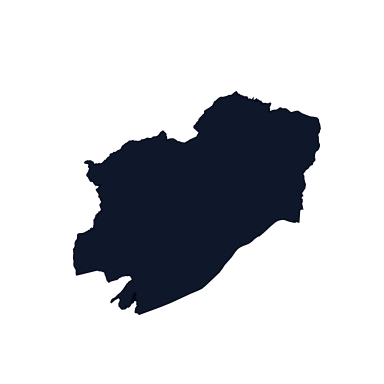 outline of San Estanislao, Bolívar, Colombia, rotated 43°
{"feature_id": "7082276B79132540776800", "entity_name": "San Estanislao", "entity_type": "district", "adm_level": 2, "iso_a3": "COL", "parent_name": "Colombia", "parent_adm1": "Bolívar", "projection": "equal_earth", "projection_center": [-75.215, 10.366], "detail": "fine", "context": "isolated", "style": "filled", "palette": "ink", "viewbox_px": 384, "rotation_deg": 43, "n_neighbors": 0, "source": "geoboundaries", "source_scale": "gbopen_adm2", "svg_char_len": 6043}
<svg xmlns="http://www.w3.org/2000/svg" viewBox="0 0 384 384"><g transform="rotate(43 192 192)"><path d="M233.1,52.8L231.3,53.7L227.3,56.7L218.9,60.1L215.4,60.6L214.3,61.0L213.1,62.3L210.9,66.1L210.3,66.8L205.1,67.1L203.7,67.5L201.1,70.1L199.7,70.0L199.1,70.9L198.5,74.0L197.7,75.2L196.8,75.9L195.6,77.4L194.4,80.6L192.5,79.5L192.1,78.5L191.1,78.3L190.6,77.6L189.6,74.7L189.2,73.8L188.8,73.7L188.3,74.3L187.9,75.4L187.3,76.2L185.2,77.4L183.3,79.6L183.1,79.1L182.5,79.3L181.7,79.1L181.1,79.7L180.6,78.9L179.8,79.7L178.7,79.5L177.8,80.0L177.3,79.8L177.1,81.2L176.7,80.6L176.2,80.7L175.8,80.3L175.5,81.6L175.7,82.3L175.5,82.8L174.7,82.9L174.4,83.3L173.9,83.2L173.6,83.3L173.0,82.4L173.0,83.7L172.4,84.7L171.0,84.6L169.8,86.3L168.6,85.9L168.2,85.3L167.6,85.4L167.2,85.2L166.6,86.3L165.8,86.3L165.6,87.2L165.2,87.2L164.7,87.6L164.0,87.3L163.6,87.8L163.1,87.7L161.5,88.5L159.8,88.6L159.4,89.3L158.9,89.8L158.6,89.2L157.7,89.3L157.6,88.9L156.1,88.6L155.6,90.5L155.3,93.8L154.8,94.9L153.4,96.2L152.5,98.5L150.0,102.2L148.8,102.9L148.0,104.9L147.6,109.4L147.2,110.6L147.4,111.1L147.3,111.4L148.0,112.7L148.1,113.7L148.7,115.5L148.1,116.7L148.0,117.9L146.3,123.7L146.4,124.4L147.6,125.5L147.9,126.5L147.6,128.3L147.8,129.7L147.6,132.5L147.8,133.2L147.7,134.0L148.4,134.7L148.6,136.0L148.4,137.5L149.1,141.1L148.6,142.0L149.4,143.3L149.9,143.4L151.2,143.5L152.3,143.2L153.8,143.5L156.3,143.1L156.9,144.0L158.1,148.7L155.2,155.4L155.0,156.7L153.5,161.4L150.3,163.6L148.6,164.0L147.1,165.5L145.3,165.3L142.0,166.1L139.9,168.3L138.3,171.3L137.6,171.0L135.7,169.2L134.6,169.0L133.3,167.5L129.3,167.3L128.7,169.9L129.2,172.8L128.9,175.1L127.7,177.0L127.2,177.3L126.3,178.3L126.3,179.5L125.7,181.1L124.5,182.1L123.0,183.0L122.5,183.7L121.9,185.4L120.8,187.4L119.7,188.3L119.8,189.0L119.7,190.1L118.6,191.6L115.7,193.8L115.1,194.9L113.8,194.7L113.3,195.9L111.5,197.8L111.7,198.6L111.6,199.4L111.3,199.8L111.3,200.9L110.7,201.5L110.6,203.3L110.1,205.2L110.4,207.2L111.1,209.1L110.8,210.6L109.7,212.5L109.7,213.6L108.9,216.0L107.9,216.5L108.1,217.1L107.7,218.4L106.8,219.8L106.8,220.7L107.6,220.9L107.7,221.4L107.8,223.3L107.2,223.7L107.3,225.1L107.2,226.4L107.8,227.7L107.5,228.2L106.9,228.4L107.1,229.0L106.9,229.7L107.0,231.3L106.6,233.1L105.4,234.9L105.1,235.1L104.8,234.7L103.6,236.8L103.2,237.0L102.7,236.9L102.4,238.0L101.8,238.8L101.4,238.8L101.0,238.5L100.3,238.6L99.5,237.9L97.1,238.4L96.1,238.9L95.3,240.1L94.5,240.4L93.5,242.4L93.5,243.4L94.0,243.7L96.0,242.2L97.5,241.8L98.1,241.9L99.3,244.1L100.7,244.1L101.3,244.2L101.5,244.6L101.7,245.7L102.5,247.0L103.5,251.2L104.9,251.7L106.5,251.5L107.1,252.1L110.1,253.1L110.8,253.0L111.3,251.9L112.7,251.8L114.9,252.4L117.0,252.6L117.7,251.7L119.1,251.1L119.8,250.4L120.2,249.4L120.9,251.1L121.0,253.6L120.5,255.3L120.9,255.7L124.8,256.5L126.1,257.1L127.2,258.9L129.6,259.0L130.2,259.1L130.1,259.6L130.4,259.8L133.1,260.6L133.3,261.7L133.5,263.9L133.9,264.4L137.3,266.0L137.9,266.5L138.3,266.5L138.2,267.6L138.8,268.1L138.4,268.9L138.7,269.4L138.3,270.1L138.0,269.9L137.8,270.1L138.2,270.6L138.3,271.5L138.6,271.9L138.5,272.3L138.2,272.1L137.9,272.4L137.8,272.8L138.2,273.5L137.9,274.3L138.1,275.0L138.8,275.6L139.2,277.3L139.6,277.9L139.6,279.5L140.8,280.1L141.2,280.9L142.8,282.4L143.3,283.6L144.1,284.3L144.9,286.3L144.7,286.8L143.4,287.0L143.2,287.8L143.6,289.8L143.4,290.2L142.6,290.9L142.9,292.2L142.1,293.0L141.8,294.5L140.5,297.1L137.9,299.8L137.6,300.8L137.7,301.1L140.2,304.1L140.7,305.8L140.6,306.7L140.9,307.9L142.0,309.6L142.9,310.2L144.1,311.9L144.6,314.7L145.2,314.8L146.1,316.1L146.5,316.2L147.2,317.0L147.9,317.2L148.1,318.0L150.5,321.0L153.0,322.8L155.1,325.4L156.6,326.5L160.7,327.8L162.3,329.7L163.8,331.1L164.2,331.2L176.0,313.3L177.3,313.0L179.7,311.2L182.4,310.1L183.6,310.2L184.1,311.0L184.7,310.9L185.3,311.7L186.1,311.8L190.3,314.3L192.6,314.5L193.1,312.5L196.0,307.8L196.7,307.0L196.8,304.4L197.5,303.2L198.1,301.0L199.2,299.9L200.4,297.9L201.8,297.1L202.3,296.2L203.5,295.3L204.4,295.2L207.7,296.1L208.6,297.9L208.0,298.6L208.1,299.1L207.4,300.7L207.7,302.4L207.4,303.1L207.6,304.6L208.6,310.5L208.8,314.2L208.2,318.4L208.3,321.5L207.2,324.4L207.1,325.3L207.7,327.4L208.0,327.8L208.3,327.8L208.4,327.4L208.7,323.7L210.0,319.8L210.3,319.1L210.8,319.0L212.0,319.1L213.3,319.7L214.1,321.0L214.9,323.5L216.8,325.2L218.1,325.0L219.1,325.3L220.5,325.4L221.2,324.7L221.7,323.8L222.4,323.4L222.8,322.2L222.7,321.3L221.7,320.7L222.7,320.0L223.7,319.8L224.0,319.3L224.1,317.4L223.3,314.1L222.9,313.4L222.1,313.2L222.1,311.8L220.9,309.6L219.8,309.0L218.8,305.6L219.1,305.4L219.3,305.6L220.0,306.9L222.4,310.4L222.5,311.1L223.8,313.9L224.1,313.6L224.2,312.8L222.8,309.6L221.2,307.3L220.1,306.1L219.7,305.0L219.7,304.4L220.2,304.5L222.5,308.2L223.6,308.6L223.1,309.4L223.3,309.9L223.7,310.3L224.0,310.3L224.5,309.7L225.6,309.4L226.4,309.5L227.3,310.3L228.2,311.6L229.8,312.1L230.3,315.3L232.4,318.5L232.8,318.6L234.2,317.5L234.7,317.3L236.7,317.4L247.0,297.0L251.5,287.3L259.7,267.2L262.7,260.6L264.6,255.9L265.2,251.3L266.4,232.2L265.9,227.6L265.1,223.2L264.8,212.6L263.9,206.3L263.7,203.1L264.1,200.2L265.6,196.1L267.3,192.9L268.5,189.9L269.1,186.6L269.1,184.0L270.3,178.0L270.9,178.2L271.6,172.8L272.3,162.7L273.0,157.2L273.6,155.0L274.5,153.1L276.0,150.9L277.9,149.0L283.0,146.8L287.0,144.5L286.8,144.2L287.8,143.6L286.9,143.1L290.5,141.1L283.0,132.0L283.3,130.0L284.4,129.0L279.4,125.5L279.1,124.9L279.3,124.3L278.8,123.6L277.6,122.8L277.6,122.5L277.1,122.4L276.0,122.9L275.7,122.7L275.0,120.3L275.4,119.4L274.0,118.8L273.0,119.3L272.7,119.0L272.4,116.2L271.7,112.3L269.5,109.1L267.7,108.3L264.8,106.3L262.8,104.2L261.2,103.8L260.5,103.1L260.2,101.9L260.1,99.7L259.7,98.5L260.5,95.3L260.0,93.5L260.2,91.6L261.0,89.8L260.7,89.2L260.4,89.2L260.0,88.4L260.0,85.1L259.1,84.1L257.6,83.6L257.1,82.4L255.8,81.1L254.7,78.6L254.6,77.3L255.0,75.8L255.0,75.0L254.4,73.8L254.7,73.8L254.0,72.1L252.9,70.7L250.2,69.4L246.7,65.8L245.3,65.1L244.4,63.8L244.1,63.1L244.1,61.3L243.4,60.7L242.4,58.2L239.0,55.6L236.9,54.7L235.2,53.1L233.1,52.8Z" fill="#0f172a" stroke="#020617" stroke-width="1.5"/></g></svg>